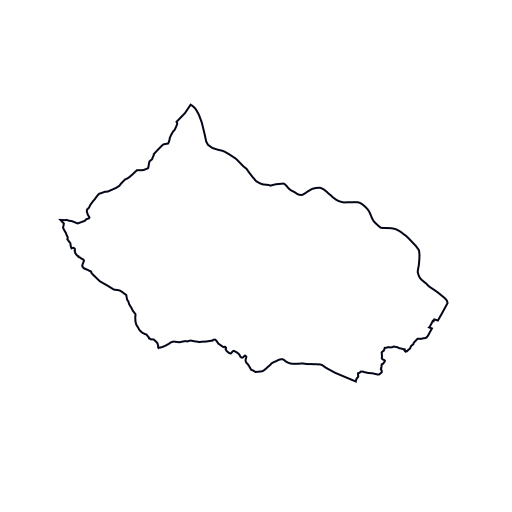 Remeti, Maramures, Romania (Robinson projection), rotated 20°
{"feature_id": "2599482B63356743663570", "entity_name": "Remeti", "entity_type": "district", "adm_level": 2, "iso_a3": "ROU", "parent_name": "Romania", "parent_adm1": "Maramures", "projection": "robinson", "projection_center": [23.579, 47.979], "detail": "fine", "context": "isolated", "style": "outline", "palette": "ink", "viewbox_px": 512, "rotation_deg": 20, "n_neighbors": 0, "source": "geoboundaries", "source_scale": "gbopen_adm2", "svg_char_len": 6068}
<svg xmlns="http://www.w3.org/2000/svg" viewBox="0 0 512 512"><g transform="rotate(20 256 256)"><path d="M221.0,359.6L222.7,358.2L224.0,357.7L227.3,357.2L230.9,356.4L231.9,356.4L234.8,354.9L237.9,353.7L243.3,350.7L244.1,350.4L244.3,349.7L245.0,349.1L245.4,348.8L246.1,348.6L246.4,348.6L247.6,349.1L250.8,351.3L253.2,351.9L256.4,352.7L256.9,352.6L257.6,352.0L258.0,351.9L258.8,352.2L259.3,352.7L259.3,353.3L259.2,353.8L259.4,354.1L260.6,355.1L261.8,355.7L264.1,356.4L265.5,356.3L265.9,356.0L266.6,353.8L267.0,353.2L267.7,352.7L268.6,352.8L271.2,353.2L272.7,353.7L274.0,354.3L275.7,355.9L276.7,356.3L277.6,356.3L278.4,355.8L279.4,353.7L279.7,353.3L280.5,353.5L281.4,354.0L281.6,355.1L281.6,356.5L282.2,358.3L282.7,358.9L283.5,359.6L285.3,360.5L287.0,361.7L290.3,364.5L292.5,364.6L295.2,365.2L300.7,362.5L301.7,361.8L302.6,360.6L303.6,359.0L306.0,354.5L306.6,353.5L307.4,351.5L308.6,350.1L311.1,347.7L312.5,346.2L313.9,345.0L315.9,344.0L317.7,344.0L319.6,344.8L321.8,345.2L323.7,345.3L326.0,345.1L327.5,344.7L329.7,343.9L333.3,342.5L335.7,341.3L338.4,340.6L340.1,340.3L341.5,339.9L345.8,338.3L346.9,338.1L349.6,337.1L352.1,336.4L352.6,336.1L354.2,335.9L355.5,335.9L359.5,337.0L361.7,337.4L370.3,338.7L392.7,339.8L392.5,338.9L392.5,337.1L392.6,336.2L393.2,335.2L393.3,334.5L393.2,333.9L392.6,332.9L392.2,332.0L392.1,331.2L392.5,331.1L393.6,329.7L394.1,328.7L396.4,328.0L397.5,328.1L400.1,327.7L401.2,327.6L405.6,326.4L410.7,325.8L412.2,325.2L413.3,323.5L413.9,322.2L413.8,321.6L413.3,320.7L412.4,320.0L412.0,319.6L412.1,318.7L411.8,318.3L411.9,317.9L411.8,316.8L411.4,315.9L411.2,315.0L411.2,314.8L411.4,314.6L412.3,313.8L413.1,310.6L413.0,310.4L412.0,309.9L410.3,309.8L409.8,309.6L409.4,309.2L409.0,308.8L408.9,307.5L407.6,304.8L407.1,303.7L407.2,303.2L408.3,301.5L408.2,301.4L408.5,301.0L408.4,298.3L409.1,298.0L410.5,297.2L411.4,296.4L412.6,296.2L414.5,295.5L415.5,294.9L416.1,294.4L416.1,294.2L416.3,294.1L417.4,293.7L418.5,293.7L419.7,293.4L420.2,293.3L421.2,293.6L422.7,293.6L424.0,293.3L426.1,293.2L427.6,292.8L427.7,293.0L427.3,293.3L427.4,293.6L428.4,294.3L428.8,293.9L429.1,293.9L429.1,294.5L429.4,294.7L429.8,294.3L430.5,293.8L431.2,292.2L432.1,290.8L432.4,289.9L432.5,287.9L432.6,287.3L434.0,285.2L433.9,284.0L434.3,282.6L435.4,280.2L435.7,279.3L436.0,278.9L436.5,278.3L438.9,277.6L440.2,277.0L441.0,276.3L443.5,275.0L444.2,274.0L444.2,273.6L444.6,273.1L445.0,271.2L445.3,269.0L446.1,263.9L443.1,263.9L443.4,263.3L443.5,262.8L444.1,258.7L444.3,256.5L445.2,256.5L445.2,254.6L449.0,254.4L450.4,246.1L452.1,234.7L451.0,233.1L450.1,232.3L448.8,231.5L446.4,230.5L439.4,228.1L435.8,227.1L430.0,225.7L427.7,224.9L425.9,223.9L419.9,221.8L418.3,221.0L417.1,220.2L415.8,218.9L414.5,217.3L413.5,215.9L412.9,213.6L412.1,208.7L410.6,203.2L409.3,199.2L407.4,195.2L407.0,194.8L405.8,193.9L402.8,191.9L395.6,188.3L392.7,186.9L389.9,185.7L386.9,184.9L384.7,184.1L382.2,183.5L378.5,183.0L377.0,183.1L374.3,183.5L371.7,184.2L365.5,186.3L364.0,186.7L363.3,186.7L363.2,186.6L361.2,186.0L356.5,184.0L354.6,183.0L352.4,181.1L348.7,177.1L347.1,175.5L344.7,173.8L341.6,172.3L338.0,171.0L335.1,170.5L332.8,170.8L323.9,174.1L321.6,175.1L320.7,175.4L318.8,175.9L314.6,176.1L311.6,175.6L307.6,174.4L306.1,173.6L302.3,172.3L300.6,171.5L297.1,170.3L293.5,169.9L292.2,170.2L289.2,171.5L286.4,173.3L285.3,174.3L282.8,177.4L281.9,178.5L281.3,179.5L279.2,182.1L278.3,182.9L277.4,183.3L275.9,183.6L274.0,183.7L270.4,182.8L266.3,182.3L264.2,181.6L262.5,180.8L260.8,179.7L258.7,178.8L257.5,178.5L256.7,178.7L250.1,181.8L245.5,184.9L243.3,185.0L238.3,186.3L236.1,186.4L234.3,186.3L230.9,185.7L230.0,185.4L227.6,183.9L226.5,183.4L220.8,179.8L217.4,177.4L217.2,177.3L213.3,176.0L205.1,172.0L203.2,171.3L196.0,169.6L190.8,168.7L188.7,168.6L183.6,169.2L178.2,169.4L177.2,169.2L173.0,168.0L172.2,167.4L170.0,165.4L166.0,159.0L159.4,149.1L154.8,143.7L152.7,141.6L149.7,139.1L148.2,138.0L145.1,136.7L142.8,136.2L140.4,146.0L135.4,157.1L136.3,157.9L136.7,158.6L136.8,160.3L136.7,161.9L136.4,165.3L135.6,167.1L135.0,170.1L134.8,171.8L134.6,174.8L135.0,176.0L135.1,179.1L134.9,180.4L131.4,182.4L130.6,183.1L129.9,184.4L129.1,186.1L127.2,190.3L125.1,195.2L125.5,196.2L125.4,196.8L125.2,199.0L125.3,200.3L124.9,201.3L124.0,202.6L123.6,203.5L123.6,204.4L124.6,210.1L124.3,210.7L121.0,213.6L119.5,214.4L114.8,216.1L113.8,218.0L111.7,222.2L109.9,225.4L108.0,227.8L106.8,228.8L104.4,234.1L103.6,236.8L101.1,240.0L94.6,246.2L92.1,247.3L87.1,251.4L85.8,255.1L85.2,257.4L84.0,260.6L82.8,264.8L82.6,267.5L81.4,270.1L81.7,271.9L83.8,274.7L86.3,276.7L86.1,277.8L84.0,279.4L83.1,281.5L77.3,286.4L71.0,286.2L68.3,286.8L65.6,286.9L64.1,287.7L59.9,289.0L62.6,290.4L63.2,290.6L64.4,291.3L65.0,295.4L66.9,297.3L69.6,299.5L71.0,301.2L72.0,302.1L72.4,302.5L73.0,303.6L73.0,304.8L77.3,307.6L78.3,309.7L79.4,311.3L80.1,311.9L80.9,311.1L81.8,310.7L83.1,311.1L83.5,311.5L83.9,312.7L83.8,313.2L84.3,313.6L85.1,315.0L87.1,316.4L87.8,316.8L89.1,317.0L89.3,317.0L89.6,317.6L91.7,317.7L92.8,318.2L94.6,318.3L95.8,319.0L96.0,319.6L95.9,322.4L96.0,324.5L96.3,325.0L97.6,326.0L98.5,326.5L98.9,326.3L99.9,326.6L100.4,326.4L100.8,326.6L102.8,326.6L104.8,327.0L105.7,326.8L106.6,327.3L106.8,327.9L108.2,328.8L109.8,329.5L110.2,329.9L110.9,330.0L115.7,332.2L118.1,333.2L126.9,334.7L133.6,336.1L134.3,336.1L138.8,335.1L140.1,335.1L142.7,335.6L144.1,336.1L147.4,337.0L148.3,338.6L149.1,339.9L149.6,340.9L151.8,342.6L153.2,344.6L156.7,347.4L159.0,349.6L162.2,351.6L162.7,352.0L163.0,352.8L163.5,354.9L165.0,358.5L165.9,359.9L166.8,361.2L167.8,362.2L169.5,363.4L171.0,364.8L172.3,365.7L173.8,366.3L174.5,366.7L175.6,367.0L177.4,367.2L178.1,367.4L179.4,367.2L179.9,367.3L182.7,368.9L183.1,369.3L183.5,369.9L184.0,369.7L185.1,370.3L185.9,370.2L186.9,369.8L188.6,369.5L189.0,369.6L189.5,370.0L190.7,370.3L191.4,370.8L192.1,371.0L193.0,371.5L193.5,372.0L194.0,372.9L194.7,373.6L194.9,374.2L195.0,374.8L195.6,375.6L195.9,375.8L196.4,375.3L197.6,374.6L199.4,373.3L200.9,371.9L202.0,370.8L202.8,369.8L204.1,368.4L205.6,366.2L207.3,364.9L208.2,364.5L213.7,363.2L216.0,361.7L218.6,360.2L221.0,359.6Z" fill="none" stroke="#020617" stroke-width="2"/></g></svg>